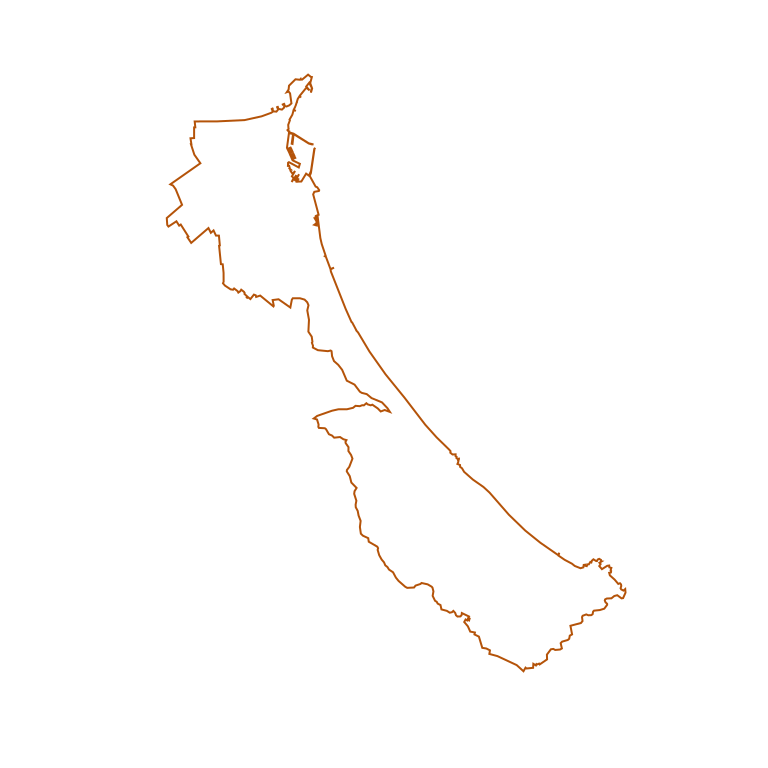 the district of Callao, Lima Province, Peru, rotated 152°
{"feature_id": "86281439B21009248898999", "entity_name": "Callao", "entity_type": "district", "adm_level": 2, "iso_a3": "PER", "parent_name": "Peru", "parent_adm1": "Lima Province", "projection": "natural_earth1", "projection_center": [-77.143, -11.949], "detail": "fine", "context": "isolated", "style": "outline", "palette": "amber", "viewbox_px": 768, "rotation_deg": 152, "n_neighbors": 0, "source": "geoboundaries", "source_scale": "gbopen_adm2", "svg_char_len": 6094}
<svg xmlns="http://www.w3.org/2000/svg" viewBox="0 0 768 768"><g transform="rotate(152 384 384)"><path d="M427.9,704.7L430.1,699.2L431.2,699.7L436.2,690.3L439.5,691.8L441.5,686.1L441.9,686.3L443.8,675.5L442.5,665.1L478.9,660.6L477.1,658.2L476.5,653.8L478.2,637.0L497.9,632.5L500.7,626.2L500.4,624.2L490.9,625.1L490.5,620.0L488.6,620.2L487.5,606.0L488.7,605.9L488.0,599.1L465.8,604.1L465.9,598.8L462.4,599.6L462.7,593.9L460.1,592.5L463.9,583.4L464.7,583.5L471.7,566.4L470.2,565.4L473.5,557.4L477.6,549.6L478.9,548.5L478.2,545.5L475.0,539.6L473.0,538.1L471.5,538.7L469.7,534.8L469.7,533.1L467.4,533.4L465.8,534.3L464.4,531.2L464.3,529.8L464.9,529.0L463.8,525.9L464.6,525.0L464.3,524.3L463.3,524.5L462.1,521.7L456.9,524.0L455.6,522.5L456.0,520.9L451.8,520.2L445.2,504.4L444.6,504.8L442.9,510.4L437.3,508.3L430.8,495.5L425.8,501.7L424.3,502.5L418.0,499.2L414.5,495.8L413.4,492.2L413.7,489.0L417.2,485.0L420.1,475.9L426.2,465.7L425.6,459.7L427.4,454.8L428.3,454.3L428.7,451.2L429.7,449.6L426.5,444.9L418.1,439.3L415.4,438.6L414.9,437.6L416.8,432.9L417.4,427.7L415.4,422.4L414.3,416.1L415.3,404.4L410.3,397.3L408.9,388.5L407.8,386.6L404.0,383.2L401.6,377.4L394.4,368.7L392.3,361.0L391.9,356.6L395.6,360.7L399.8,361.3L401.0,365.4L404.0,371.2L405.7,371.4L408.0,373.7L408.6,375.3L411.8,374.6L413.2,375.5L415.8,375.8L419.4,378.1L422.5,377.5L428.6,379.1L436.2,383.1L442.4,384.8L457.9,387.2L462.2,386.5L459.8,384.1L460.8,378.9L462.1,377.0L462.1,375.8L457.0,372.7L456.4,371.3L456.2,365.5L454.1,362.9L453.2,360.0L447.7,357.8L445.8,354.3L443.5,352.1L445.2,351.0L445.6,349.8L445.0,344.9L446.9,341.5L446.4,336.8L446.9,332.9L453.6,327.1L457.1,325.5L457.9,324.3L457.5,318.7L459.1,312.3L457.0,305.1L460.3,303.2L461.9,301.0L463.2,293.9L465.7,290.8L466.8,288.4L466.8,284.3L468.2,279.8L468.9,274.1L472.4,269.1L474.7,262.7L473.8,259.9L470.3,255.3L471.5,251.9L466.3,243.5L466.3,241.8L467.5,240.5L468.6,235.1L468.5,230.1L467.7,226.5L468.0,223.3L466.9,220.8L466.7,217.8L464.4,213.5L464.4,207.5L463.6,203.3L460.4,194.9L459.2,193.1L453.0,190.2L450.8,191.2L445.6,190.3L444.3,190.7L439.5,186.6L437.1,182.7L436.8,181.5L437.7,177.7L440.5,174.1L440.7,168.6L439.7,167.0L439.7,164.9L437.9,162.3L439.1,158.0L435.0,154.2L433.3,151.2L431.1,150.6L429.3,151.1L428.6,148.5L429.0,146.0L428.3,144.2L425.6,142.9L423.9,143.6L422.8,145.2L418.1,138.8L419.3,138.0L418.5,136.7L419.9,135.3L420.8,136.8L421.6,136.2L422.5,137.8L424.9,136.2L423.7,130.7L424.1,124.9L420.4,121.9L421.7,120.4L418.8,116.4L421.1,104.9L417.8,102.4L415.5,99.1L417.7,96.2L411.6,90.5L398.8,73.5L395.7,64.9L392.2,67.1L391.7,65.9L385.6,63.4L383.5,66.8L382.0,64.2L380.9,65.1L380.6,64.5L378.3,64.3L378.2,63.3L369.3,64.3L367.2,68.6L361.2,71.4L358.9,70.6L357.7,68.8L353.2,66.9L351.1,67.0L349.7,72.2L347.7,72.9L341.9,71.7L340.1,72.1L338.1,74.6L335.5,74.6L332.9,83.0L322.3,80.5L320.0,81.5L318.6,85.2L317.4,86.1L313.6,85.6L312.2,83.9L309.5,82.6L307.9,82.8L306.2,84.9L305.0,85.3L299.6,83.1L295.0,82.2L290.6,84.3L290.2,85.2L290.9,87.3L290.7,89.2L289.9,90.0L288.0,90.0L283.8,88.0L280.2,88.7L277.2,88.0L274.9,83.2L273.4,82.7L268.7,86.4L267.3,89.7L269.6,89.2L271.0,91.3L271.0,92.6L269.3,94.3L268.8,95.8L269.2,97.3L271.0,97.5L272.2,103.0L274.4,109.0L273.8,111.6L272.1,111.1L271.2,112.3L271.4,113.1L269.6,114.9L271.1,116.3L270.4,118.0L272.3,118.7L278.5,118.2L279.4,122.2L277.3,123.3L277.7,125.0L275.0,125.2L275.5,125.6L275.0,126.8L276.1,128.6L277.7,128.7L279.1,127.7L279.8,128.1L281.4,130.9L283.4,130.4L284.7,129.1L285.4,130.0L287.8,128.6L289.0,129.2L290.5,128.0L292.3,129.6L291.5,130.1L292.6,130.5L294.1,128.5L297.0,129.1L301.0,133.8L302.4,137.1L307.0,143.9L310.5,150.6L308.5,152.7L310.4,151.3L310.9,151.8L320.5,170.5L328.1,188.3L335.1,209.9L341.8,238.6L344.5,246.3L350.4,257.9L354.5,268.8L354.7,273.0L355.7,275.1L354.9,276.8L356.7,278.9L354.8,280.5L354.4,282.1L353.5,282.0L352.9,282.9L354.2,283.4L354.8,284.5L354.1,285.6L354.7,286.6L353.8,288.3L356.6,289.6L357.7,292.2L356.8,293.5L357.3,295.6L362.6,312.2L366.7,328.7L372.3,362.2L378.1,391.8L381.6,419.5L382.7,441.7L383.5,444.8L383.2,444.1L383.2,453.3L383.6,453.9L382.6,468.3L378.1,508.2L377.4,510.3L373.5,510.2L377.3,510.6L375.6,523.4L376.2,524.6L375.3,524.7L373.3,536.7L371.7,542.7L363.6,564.0L365.9,563.0L367.9,556.0L369.3,555.8L370.8,557.3L369.3,557.5L368.8,556.2L367.2,559.5L367.4,563.0L366.7,562.8L365.4,564.4L362.3,564.1L357.5,584.7L355.3,586.4L350.9,585.0L350.2,585.6L350.6,589.1L351.7,590.4L351.9,602.6L349.5,604.6L335.0,624.2L333.9,624.9L335.2,624.3L349.3,605.2L349.1,605.8L352.5,603.2L354.0,606.3L361.9,601.6L365.8,603.5L362.7,605.6L365.9,603.7L366.6,605.2L360.5,609.1L366.7,605.4L367.3,606.7L363.3,609.6L370.7,605.7L367.1,608.3L367.8,610.6L362.5,613.8L366.0,612.5L366.5,616.0L366.2,617.3L365.7,617.1L366.2,618.4L365.4,618.4L365.9,618.6L365.3,621.2L366.4,621.7L364.8,624.4L363.8,624.5L357.6,615.2L354.9,617.9L359.7,624.4L359.6,625.5L356.2,625.3L356.2,625.9L359.6,626.1L359.4,628.1L356.0,627.9L355.9,629.8L359.3,630.1L359.1,632.1L355.7,631.9L355.6,633.7L359.0,634.0L358.9,636.1L355.5,635.7L355.5,636.6L358.9,636.9L358.8,638.1L349.8,650.6L349.6,649.6L347.2,647.7L347.2,647.0L352.7,639.5L352.1,638.9L346.5,647.1L337.5,631.6L335.2,629.4L333.8,628.7L337.4,631.8L346.3,647.5L349.4,650.6L348.7,652.3L349.6,651.5L350.0,653.5L348.7,653.8L348.3,653.1L348.6,654.0L346.9,657.8L343.3,661.0L343.3,661.8L338.5,664.8L335.2,668.3L333.6,666.5L335.1,668.4L331.7,670.9L331.4,670.5L331.5,671.1L329.1,673.4L328.5,672.7L328.9,673.6L326.3,676.2L323.5,677.8L323.0,676.0L322.9,678.1L313.4,682.1L311.9,678.2L313.0,683.2L308.6,685.1L308.7,679.2L311.0,676.8L311.7,675.6L308.7,678.7L307.9,684.3L303.6,688.9L304.4,689.5L305.8,692.8L313.4,691.2L314.4,691.8L314.3,692.5L315.4,692.1L319.1,694.6L327.8,692.0L330.0,688.8L332.8,687.3L330.9,687.0L330.5,684.7L334.0,675.2L336.9,674.5L339.8,674.8L341.0,675.9L340.9,678.0L339.8,678.2L343.1,678.4L341.2,678.0L341.2,676.8L342.6,674.9L345.3,674.2L348.2,676.6L348.0,678.3L346.8,678.4L349.2,678.8L348.3,678.3L348.5,676.1L351.1,675.0L353.8,676.7L353.5,679.2L352.3,679.4L353.1,679.6L354.0,679.5L354.2,676.6L356.3,676.4L366.4,677.8L383.3,682.5L407.6,694.0L427.9,704.7Z" fill="none" stroke="#b45309" stroke-width="2"/></g></svg>